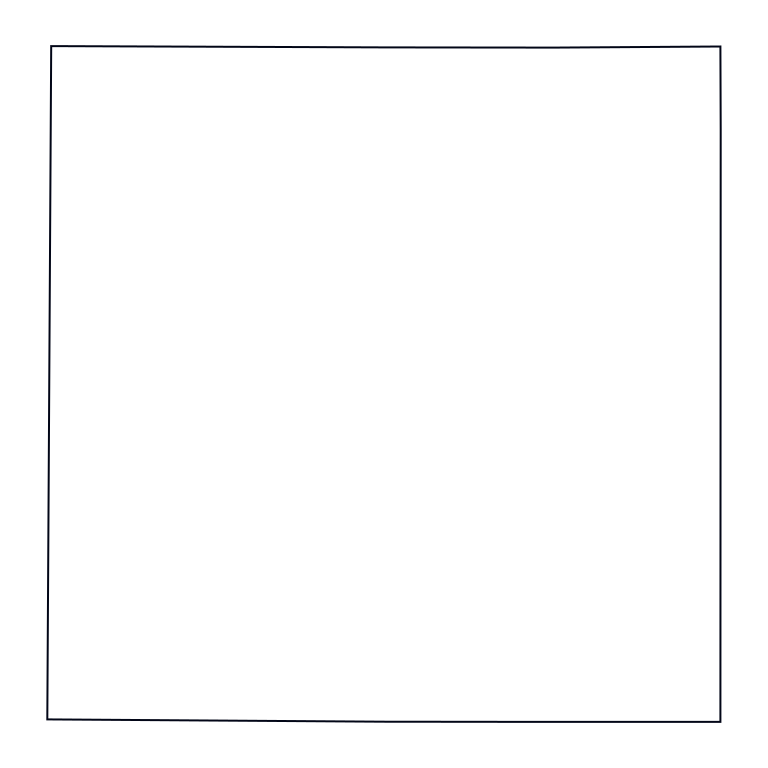 Cerro Gordo, Iowa, United States of America (orthographic projection)
{"feature_id": "52423323B72245679426009", "entity_name": "Cerro Gordo", "entity_type": "district", "adm_level": 2, "iso_a3": "USA", "parent_name": "United States of America", "parent_adm1": "Iowa", "projection": "orthographic", "projection_center": [-93.19, 43.082], "detail": "fine", "context": "isolated", "style": "outline", "palette": "ink", "viewbox_px": 768, "rotation_deg": 0, "n_neighbors": 0, "source": "geoboundaries", "source_scale": "gbopen_adm2", "svg_char_len": 240}
<svg xmlns="http://www.w3.org/2000/svg" viewBox="0 0 768 768"><path d="M720.4,46.5L554.5,47.6L386.5,47.4L51.2,46.1L47.3,719.4L383.8,721.7L552.6,721.9L720.4,721.9L720.7,129.4L720.4,46.5Z" fill="none" stroke="#020617" stroke-width="2"/></svg>